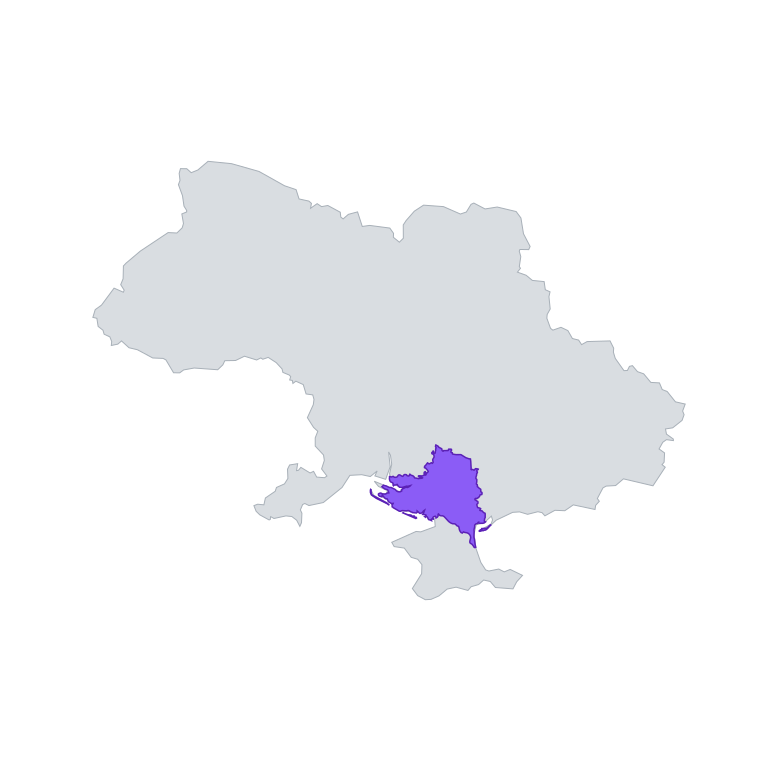 Kherson highlighted on a map of Ukraine, rotated 14°
{"feature_id": "UKR-4827", "entity_name": "Kherson", "entity_type": "state/province", "adm_level": 1, "iso_a3": "UKR", "parent_name": "Ukraine", "parent_adm1": "", "projection": "mercator", "projection_center": [33.493, 46.65], "detail": "fine", "context": "in_parent", "style": "filled", "palette": "violet", "viewbox_px": 768, "rotation_deg": 14, "n_neighbors": 0, "source": "natural_earth", "source_scale": "10m", "svg_char_len": 9769}
<svg xmlns="http://www.w3.org/2000/svg" viewBox="0 0 768 768"><g transform="rotate(14 384 384)"><path d="M513.2,521.6L521.1,533.7L527.6,539.8L531.0,540.1L540.1,535.8L546.1,537.2L551.3,533.4L564.7,536.2L560.6,543.8L558.7,551.6L541.3,554.5L534.9,549.9L528.1,550.1L524.3,555.7L517.6,559.6L515.4,564.0L503.1,563.7L494.9,567.7L488.6,576.3L481.7,581.6L476.3,583.3L467.9,581.2L461.0,575.6L466.4,559.0L464.5,550.1L459.1,545.9L452.3,545.6L443.4,538.3L433.2,539.3L429.8,535.7L450.8,519.3L455.4,518.6L468.2,509.9L465.8,502.8L460.4,504.6L452.8,499.0L428.7,503.4L414.1,494.9L407.3,493.9L405.6,491.8L412.6,489.9L413.2,486.7L403.4,484.7L398.1,480.7L424.9,484.6L432.1,477.8L424.7,480.2L417.1,478.7L414.4,476.5L411.1,469.6L410.9,460.0L407.5,451.5L404.9,448.8L410.0,462.7L408.7,476.1L397.4,475.4L398.4,470.0L393.1,477.1L384.3,477.4L373.0,480.9L368.3,494.6L353.8,513.7L340.6,520.1L336.1,519.1L334.2,520.6L333.3,526.4L335.6,529.2L337.5,538.5L336.8,542.5L332.2,537.3L326.7,534.9L320.8,535.7L309.8,541.1L306.1,540.1L306.4,542.9L305.4,543.7L295.1,541.0L290.7,538.4L287.2,533.5L290.5,531.2L296.7,530.3L296.5,523.3L304.4,514.4L304.7,510.4L311.6,505.0L313.6,498.9L311.0,490.0L312.0,485.4L319.5,482.2L320.1,489.2L321.8,488.5L323.5,485.0L333.8,488.2L336.8,485.8L341.2,490.6L349.0,489.3L350.9,487.1L344.0,481.5L344.6,472.6L342.5,467.5L332.3,460.9L330.3,452.9L331.2,445.9L326.1,443.1L317.8,435.2L320.4,421.2L319.8,415.9L317.5,411.8L310.8,412.5L305.8,404.1L297.8,402.6L295.5,405.5L294.2,402.7L291.5,402.9L291.7,399.4L289.8,398.2L283.1,397.2L281.4,394.0L274.2,389.3L265.2,386.2L260.4,389.3L258.2,388.5L254.6,391.5L241.9,390.8L234.3,397.1L223.9,399.9L223.0,404.4L219.2,410.4L196.0,414.4L186.2,418.8L183.1,422.6L177.1,424.0L166.6,413.4L163.5,412.6L153.3,414.7L136.4,410.4L127.8,410.5L118.9,405.7L116.1,409.7L110.1,412.6L109.5,408.6L106.6,404.6L100.4,403.4L98.3,399.8L92.7,397.3L89.5,389.7L85.4,389.8L85.8,381.7L90.8,375.8L98.9,356.3L108.9,358.0L109.2,355.8L104.5,351.3L105.4,345.0L102.6,332.5L104.5,329.1L115.4,314.0L137.9,289.3L146.5,287.6L150.4,281.3L150.6,276.8L146.7,267.9L150.9,264.8L150.6,263.4L146.9,259.8L142.9,250.0L136.3,240.3L136.8,235.8L134.3,229.2L134.4,224.3L140.5,222.8L145.8,225.6L151.6,221.4L159.4,210.5L182.8,207.1L211.3,208.0L239.5,215.7L251.7,216.7L256.8,225.0L266.9,224.7L269.9,226.3L270.2,231.3L275.5,225.2L280.5,227.0L286.3,224.4L300.0,227.9L301.7,232.5L304.4,233.7L308.4,228.0L316.7,223.4L324.8,236.4L331.7,233.6L351.9,231.3L356.8,235.5L357.6,239.4L364.6,242.7L367.5,237.9L364.2,225.0L365.9,220.1L371.6,209.0L379.1,200.9L398.8,197.5L417.0,200.6L422.3,197.2L425.0,188.6L427.4,186.7L439.7,189.7L451.0,184.9L470.5,184.7L476.7,189.8L483.0,204.5L492.5,215.2L491.9,218.6L483.3,220.6L483.1,222.4L485.9,227.3L486.9,237.4L488.4,238.7L486.4,243.2L495.6,244.1L502.9,247.6L514.6,245.9L517.7,253.5L522.8,254.4L522.9,259.3L527.1,271.0L525.5,277.1L526.1,280.8L532.1,289.7L534.8,290.9L542.0,286.2L549.5,287.7L555.8,294.3L562.2,294.3L566.2,298.0L570.8,293.7L592.9,287.5L598.2,293.7L598.9,297.7L602.2,303.2L613.6,313.0L616.9,312.0L617.9,307.5L620.6,306.1L627.0,310.7L633.5,311.3L642.5,317.9L651.0,316.3L655.3,322.1L660.6,322.8L671.1,330.8L681.1,330.6L680.3,338.0L682.6,341.2L682.0,347.2L674.7,356.7L668.0,359.5L670.2,364.3L678.0,367.4L678.5,368.9L671.5,369.7L668.6,373.1L666.6,380.5L672.9,383.0L674.7,392.1L673.3,395.0L677.0,396.7L669.6,417.7L639.3,418.1L633.3,426.5L624.3,429.3L621.6,431.8L618.7,443.5L621.3,445.7L618.7,450.6L619.1,454.7L596.9,455.5L590.1,463.2L580.4,465.2L572.0,473.0L568.5,470.6L564.2,470.7L554.9,475.7L546.5,475.3L539.9,477.4L525.7,489.1L519.2,499.3L512.9,502.3L521.8,494.0L522.2,489.6L520.1,486.2L514.6,494.6L507.5,498.3L507.7,508.0L513.2,521.6ZM417.9,500.0L398.4,495.0L396.6,489.5L400.9,494.3L417.9,500.0Z" fill="#d9dde1" stroke="#a8b0b8" stroke-width="1"/><path d="M512.5,520.3L511.7,520.8L510.9,520.6L509.7,519.4L508.2,518.2L506.2,517.6L505.5,516.7L505.3,515.5L505.3,512.2L504.6,510.6L503.7,509.6L502.1,508.6L500.6,508.3L498.2,508.5L496.9,508.3L496.0,509.7L494.7,509.5L493.7,508.7L492.9,507.9L492.3,506.9L491.3,504.7L490.4,504.0L489.3,504.0L488.3,503.4L487.1,502.7L485.9,502.6L484.6,503.0L482.8,502.8L481.5,502.4L480.1,501.8L479.0,501.1L475.7,498.9L474.2,498.0L472.7,497.7L471.2,498.1L469.8,498.0L468.3,496.9L468.0,497.3L468.4,499.1L468.0,500.3L466.9,501.4L466.4,500.4L465.9,499.9L465.1,500.2L464.3,500.8L463.8,501.5L463.7,502.3L464.6,502.8L464.6,503.2L463.7,503.3L462.9,503.5L462.5,504.1L463.2,505.1L462.9,505.1L462.2,504.8L460.2,504.8L459.9,504.6L458.8,503.2L458.0,502.4L457.1,502.2L456.4,503.2L456.2,502.9L455.7,502.8L456.3,502.3L456.6,501.6L456.6,501.1L455.8,500.9L453.2,501.2L453.5,500.6L453.6,500.0L453.9,496.6L453.1,497.5L452.6,498.8L451.9,500.0L450.2,500.9L449.5,500.7L448.8,500.2L446.9,499.2L447.2,500.6L446.7,501.3L442.7,501.9L442.2,501.6L440.9,501.6L439.1,500.9L438.3,500.9L437.8,501.0L436.6,501.6L432.4,502.4L431.7,502.7L430.9,503.5L429.6,503.7L422.9,501.8L422.2,501.3L421.6,501.2L421.1,499.2L420.9,498.9L421.6,498.3L421.8,498.0L421.8,497.6L420.8,498.0L420.0,498.1L417.2,497.3L416.7,497.1L415.5,495.4L414.6,494.6L413.5,495.0L411.9,494.2L409.1,492.0L409.1,492.6L409.3,493.8L409.0,494.0L406.9,493.9L406.3,493.7L405.8,493.4L405.4,492.9L405.2,492.1L405.6,491.5L406.3,491.0L406.8,490.7L407.5,490.6L409.3,491.0L411.9,490.5L413.9,488.7L414.7,488.6L415.0,488.5L414.7,487.9L413.2,485.8L412.6,485.6L411.4,485.7L409.9,485.5L406.8,484.2L408.0,482.3L408.3,482.4L411.1,482.4L414.0,483.1L415.9,482.7L416.6,482.8L420.3,483.6L422.1,484.8L423.4,485.1L424.9,485.0L426.2,484.4L427.1,483.4L426.5,482.5L427.4,481.3L429.7,479.3L430.3,478.9L431.9,478.7L432.4,478.3L433.9,476.9L434.3,476.1L431.7,477.6L430.9,477.5L426.5,480.0L424.0,480.4L421.8,479.1L421.3,478.3L421.1,478.2L420.8,478.3L420.2,479.0L419.9,479.1L418.5,479.5L417.8,480.5L417.3,480.0L416.8,478.2L416.3,477.8L414.2,477.4L413.7,477.1L413.2,476.6L412.7,475.8L412.2,474.8L411.9,473.1L411.7,472.6L411.8,472.4L413.5,472.4L414.0,472.3L414.8,471.6L415.3,471.4L416.6,472.0L418.0,471.7L418.6,471.4L419.1,471.0L419.5,470.2L419.9,469.1L420.5,468.5L421.5,468.4L423.4,469.0L424.6,469.1L424.8,468.8L425.3,467.4L425.8,466.9L426.9,466.6L427.6,466.6L428.0,466.7L428.3,467.2L428.5,467.3L428.8,467.4L430.2,467.3L430.5,467.0L430.7,466.7L430.7,465.6L430.8,465.3L431.2,465.3L431.6,465.6L432.6,466.0L434.2,466.0L434.6,466.3L435.5,466.6L436.1,467.5L436.4,467.7L438.6,467.5L440.4,467.5L440.6,467.3L443.2,466.4L444.1,465.9L444.1,465.7L443.4,465.7L442.9,465.5L441.1,465.6L440.3,465.6L439.8,465.3L439.7,465.2L439.7,464.9L440.0,464.6L443.6,463.9L444.3,463.1L444.7,462.8L446.4,462.3L446.6,462.1L446.6,461.9L446.3,461.6L445.0,461.5L444.7,461.4L444.5,461.0L444.4,460.1L444.5,459.8L444.9,459.3L445.3,459.1L446.0,460.0L446.9,460.6L447.0,460.0L447.7,459.2L448.1,458.4L448.1,458.1L446.5,456.7L444.6,455.5L443.8,455.5L443.5,455.4L443.3,454.1L443.4,453.8L444.0,453.0L445.3,450.0L445.6,450.0L446.0,450.5L447.3,450.5L447.7,450.2L448.9,449.0L449.1,448.9L449.6,449.2L450.1,449.3L450.2,449.2L450.6,448.2L450.6,447.9L449.9,446.6L449.6,445.9L449.6,445.1L450.2,443.2L450.2,442.6L450.1,442.1L449.3,440.4L449.0,440.2L447.9,440.2L447.5,440.1L447.2,439.8L447.0,439.2L447.1,438.8L447.7,438.1L447.9,437.1L448.0,437.1L448.8,438.8L449.3,439.0L449.9,438.9L450.2,438.8L450.4,438.5L450.4,438.2L450.1,437.4L450.2,435.8L449.8,434.6L450.0,433.5L449.9,433.2L449.1,432.3L449.0,431.6L449.1,430.6L451.6,431.3L452.5,432.1L455.5,432.8L455.8,433.0L456.3,434.2L456.8,434.7L457.4,434.9L457.9,434.7L458.0,434.2L462.2,433.1L462.5,432.7L462.4,431.8L462.5,431.6L464.8,431.0L465.2,431.1L465.6,431.8L465.2,432.9L465.5,434.0L465.8,434.2L466.8,434.1L467.1,434.5L467.4,435.3L467.8,435.4L471.1,435.1L475.3,434.0L476.0,434.0L481.2,435.7L484.5,436.0L486.0,435.8L486.9,438.1L488.6,443.6L488.9,444.4L489.0,444.8L489.0,445.6L489.2,445.9L489.7,446.0L490.6,445.5L491.0,445.5L491.8,445.8L492.2,445.8L492.4,445.6L492.9,444.8L493.1,444.1L493.5,443.9L495.7,443.7L496.1,443.8L496.1,444.0L496.0,444.3L495.4,444.6L495.2,444.8L495.0,445.8L495.2,446.2L495.9,446.8L496.0,447.1L496.0,447.7L495.7,448.0L495.6,448.3L495.9,450.2L495.8,451.4L495.8,452.3L496.0,453.3L496.2,453.6L496.9,454.0L497.2,454.3L497.7,456.6L497.8,458.6L498.1,458.9L498.9,459.2L499.1,459.6L499.3,460.8L499.5,461.1L500.5,461.4L501.5,462.1L503.2,462.7L503.5,463.2L503.9,464.9L504.3,465.2L505.2,465.5L505.4,465.8L505.7,466.9L505.6,467.6L504.1,468.3L504.0,468.6L503.9,469.9L503.5,470.5L503.3,471.3L503.1,471.5L502.4,471.9L502.0,472.6L500.6,472.8L500.2,473.1L500.1,473.5L500.2,474.2L500.7,474.5L501.2,474.4L501.4,474.5L502.0,474.9L502.5,475.1L503.2,475.2L503.6,475.5L503.9,476.4L504.0,476.9L503.9,477.3L503.3,478.1L503.2,478.6L503.5,479.2L504.3,480.5L504.6,481.1L505.0,481.3L506.2,481.2L507.7,481.4L508.0,481.6L508.0,481.9L507.6,482.6L507.6,483.4L508.2,483.5L509.9,483.4L510.7,484.0L511.9,484.7L512.3,484.8L513.2,484.9L513.6,485.5L514.5,489.2L514.2,490.3L514.4,491.7L514.4,492.7L514.8,493.0L515.9,493.2L515.0,494.4L513.5,495.3L510.0,496.1L509.6,496.0L509.4,495.7L509.3,495.1L508.9,495.3L508.7,495.7L508.6,496.7L507.1,497.4L506.4,498.5L506.2,498.9L506.2,499.4L506.5,500.6L506.6,503.6L506.8,504.3L507.1,505.1L508.3,510.9L509.3,512.7L511.1,517.4L512.5,520.3ZM521.7,495.1L521.2,495.8L519.4,499.2L518.6,500.4L517.8,501.2L516.5,501.7L515.7,502.4L514.5,502.6L513.7,503.2L512.5,503.8L511.9,503.6L512.0,503.2L513.0,502.0L514.2,501.2L513.9,500.6L517.4,499.5L519.1,498.6L520.0,496.7L520.8,495.9L521.2,494.9L521.7,495.1ZM400.2,494.9L415.3,498.6L418.0,499.9L418.4,500.2L417.7,500.1L416.3,499.4L404.2,496.8L399.0,494.8L397.9,493.8L397.0,492.4L396.5,490.4L396.5,489.5L397.0,489.7L397.6,491.8L398.1,493.2L398.9,494.2L400.2,494.9ZM445.4,504.8L446.1,505.7L447.6,505.6L448.0,506.2L447.4,506.8L433.5,504.5L433.7,504.2L433.9,504.2L434.1,504.5L438.9,505.1L441.2,504.7L442.2,504.7L443.2,505.5L444.6,504.9L445.4,504.8Z" fill="#8b5cf6" stroke="#5b21b6" stroke-width="1.5"/></g></svg>